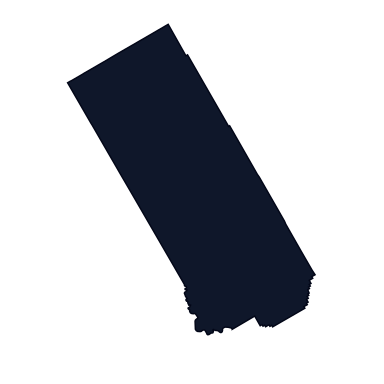 outline of Malheur, Oregon, United States of America, rotated 150°
{"feature_id": "52423323B27805484985565", "entity_name": "Malheur", "entity_type": "district", "adm_level": 2, "iso_a3": "USA", "parent_name": "United States of America", "parent_adm1": "Oregon", "projection": "equal_earth", "projection_center": [-117.238, 43.221], "detail": "fine", "context": "isolated", "style": "filled", "palette": "ink", "viewbox_px": 384, "rotation_deg": 150, "n_neighbors": 0, "source": "geoboundaries", "source_scale": "gbopen_adm2", "svg_char_len": 2470}
<svg xmlns="http://www.w3.org/2000/svg" viewBox="0 0 384 384"><g transform="rotate(150 192 192)"><path d="M127.1,86.3L126.9,117.3L126.5,120.6L126.3,171.3L126.6,174.6L126.3,230.5L127.5,230.4L127.3,313.0L129.2,313.0L128.8,349.1L161.0,349.0L185.5,349.0L185.8,349.0L203.7,348.8L207.6,348.8L226.1,348.8L228.1,348.7L240.9,348.7L242.2,348.8L243.7,348.8L245.1,348.8L245.1,333.5L245.1,331.5L245.1,327.2L245.1,302.4L245.0,299.7L245.0,267.8L245.0,244.3L244.9,216.3L244.9,216.2L244.8,145.3L244.8,145.2L244.8,143.3L244.8,143.0L244.8,142.4L244.8,142.2L244.8,141.1L244.8,140.2L244.8,139.8L244.8,139.3L244.8,138.4L244.8,134.2L244.8,132.8L244.8,132.1L244.8,131.9L244.8,128.9L244.8,127.8L244.8,125.5L244.8,125.3L244.8,115.9L245.2,114.7L245.3,114.6L245.1,113.9L244.2,113.1L244.5,111.9L245.0,111.6L245.6,111.6L246.2,111.8L246.5,111.5L246.7,111.0L246.4,110.6L245.5,110.3L245.2,110.0L245.4,109.4L246.4,109.0L247.5,108.7L248.3,108.8L248.4,108.7L249.1,108.3L249.2,108.1L249.4,106.7L249.8,104.7L249.7,104.0L249.6,103.4L249.4,102.2L250.8,102.0L251.3,101.4L251.3,100.2L250.6,99.7L250.4,99.1L250.8,98.6L251.2,97.4L251.2,96.6L251.3,96.0L251.4,95.7L251.0,95.4L250.4,95.5L249.8,94.7L250.5,94.3L251.3,93.6L253.5,93.4L253.6,92.5L253.0,91.2L253.6,90.0L253.8,88.7L253.8,88.4L253.5,87.6L252.9,86.8L251.7,85.9L250.1,85.2L249.9,84.6L249.6,80.5L249.9,80.1L250.6,79.8L251.6,79.7L253.0,79.4L253.5,79.0L253.9,78.6L254.4,77.7L254.5,77.5L257.4,72.0L257.6,71.7L257.7,71.3L257.7,71.0L257.6,69.6L257.1,68.9L256.9,68.5L254.7,67.0L253.7,66.7L253.2,66.7L252.7,67.0L250.7,66.7L250.1,66.3L249.9,64.9L249.9,62.6L250.1,61.4L249.9,60.8L249.7,60.5L248.6,60.1L247.3,60.2L245.7,60.2L245.4,60.1L244.9,59.8L244.7,59.7L244.2,59.7L243.9,60.0L243.2,60.5L242.9,61.9L242.8,62.1L242.5,62.3L242.2,62.2L241.8,62.0L241.6,61.2L240.8,60.3L239.7,59.6L238.6,58.5L238.5,58.3L238.2,57.1L238.1,56.9L237.7,56.3L237.4,55.9L237.2,55.8L236.8,55.7L236.4,55.7L235.8,55.9L235.5,56.1L234.6,57.1L234.4,57.4L234.3,57.8L233.8,58.4L233.3,58.5L232.0,58.6L230.7,58.4L228.5,56.9L228.0,56.5L226.1,54.7L225.6,53.5L225.6,53.3L225.8,53.0L199.7,53.2L199.8,42.1L197.6,42.1L197.6,40.3L195.6,40.3L195.6,38.5L191.7,38.5L191.7,36.7L189.6,36.7L189.6,34.9L152.4,34.9L152.4,36.8L148.5,36.8L148.5,38.6L146.5,38.6L146.5,41.8L144.5,41.8L144.5,44.1L142.6,44.1L142.6,45.9L141.1,45.9L140.6,49.6L138.6,49.6L138.6,51.4L136.6,51.4L136.7,53.3L134.7,53.3L134.6,56.9L130.6,56.9L130.6,58.8L126.8,58.8L127.1,64.3L127.1,86.3Z" fill="#0f172a" stroke="#020617" stroke-width="1.5"/></g></svg>